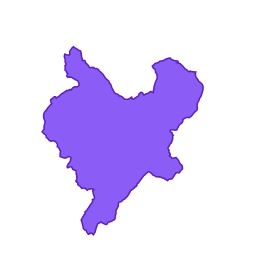 Quan Hoa, Thanh Hóa, Vietnam, rotated 74°
{"feature_id": "81297802B43083568307928", "entity_name": "Quan Hoa", "entity_type": "district", "adm_level": 2, "iso_a3": "VNM", "parent_name": "Vietnam", "parent_adm1": "Thanh Hóa", "projection": "natural_earth1", "projection_center": [104.955, 20.487], "detail": "fine", "context": "isolated", "style": "filled", "palette": "violet", "viewbox_px": 256, "rotation_deg": 74, "n_neighbors": 0, "source": "geoboundaries", "source_scale": "gbopen_adm2", "svg_char_len": 5842}
<svg xmlns="http://www.w3.org/2000/svg" viewBox="0 0 256 256"><g transform="rotate(74 128 128)"><path d="M185.1,91.0L183.9,89.5L182.2,86.8L179.3,86.2L176.9,87.6L175.2,88.2L173.2,88.3L169.6,89.9L169.3,94.2L167.7,94.7L166.9,95.3L166.5,95.9L166.2,95.8L165.3,94.7L164.9,94.5L164.3,95.0L163.5,94.8L162.3,95.3L161.7,95.2L160.8,94.6L159.2,95.2L158.0,95.0L157.1,93.8L155.2,92.2L154.8,91.4L154.4,91.1L154.3,90.5L153.9,90.3L152.8,89.3L150.7,88.0L148.2,87.3L147.5,86.4L147.2,86.5L146.1,87.3L145.8,87.3L145.0,87.0L144.5,87.0L144.1,87.3L143.4,88.3L142.5,88.5L141.8,87.8L141.5,87.4L141.5,87.1L142.1,85.9L142.4,84.5L143.1,83.3L143.3,82.1L143.1,81.3L141.7,80.3L138.9,77.4L138.4,75.7L137.8,74.5L137.3,74.0L136.4,73.3L135.0,72.9L134.2,70.3L134.0,69.1L134.1,68.2L134.8,66.6L134.9,66.1L134.0,63.7L131.5,60.2L129.9,57.0L129.5,56.5L128.4,55.9L125.8,55.5L123.3,54.4L122.6,53.8L121.3,52.4L119.6,51.3L118.8,50.6L118.0,49.4L116.8,48.5L112.0,45.4L108.8,44.4L106.7,44.5L104.2,45.9L102.6,47.1L99.7,47.8L98.2,48.6L96.6,48.6L95.3,48.5L93.9,48.0L92.8,47.4L92.3,49.0L91.2,51.5L90.3,52.7L90.9,53.7L89.5,54.9L88.1,55.6L86.7,56.9L83.0,58.6L80.4,60.2L79.7,61.2L79.2,62.4L78.9,62.8L78.7,61.7L78.0,61.5L77.5,61.7L77.1,62.1L76.4,64.1L74.8,66.5L73.3,68.0L72.5,68.0L72.3,68.2L72.1,69.9L72.2,72.6L72.7,74.5L73.1,75.3L72.7,77.4L72.6,79.2L73.2,80.2L73.5,81.9L73.4,84.2L74.1,85.1L75.1,87.5L75.6,87.6L77.9,86.9L78.8,85.9L80.0,85.9L82.1,86.2L82.8,86.0L84.0,85.4L87.6,86.0L88.3,86.4L91.8,89.2L95.1,91.3L98.7,93.1L100.9,93.9L99.1,96.1L99.2,96.8L99.9,97.8L100.2,100.0L100.2,101.9L100.6,102.8L100.6,103.6L100.4,103.8L98.6,104.2L97.6,104.8L97.3,106.1L98.4,108.2L99.3,108.5L100.0,109.3L101.8,115.0L101.6,115.5L101.1,115.9L99.3,115.9L99.2,116.1L100.0,117.8L100.3,120.3L99.5,123.2L96.9,124.7L96.1,125.3L94.9,126.8L94.7,127.7L93.8,127.8L93.2,128.2L91.2,130.7L89.3,131.5L85.6,132.3L82.9,132.6L81.7,132.5L80.8,132.8L80.2,133.3L77.7,133.5L73.8,136.0L70.1,137.0L68.5,137.7L64.9,140.0L63.5,140.4L63.2,140.7L63.0,141.2L62.2,141.8L62.0,142.9L61.3,143.9L60.5,144.1L60.3,144.3L60.2,144.8L59.8,145.5L59.6,148.0L59.1,148.4L56.8,148.9L55.5,149.7L54.6,150.0L53.4,151.0L52.1,150.7L51.4,150.9L50.9,151.7L50.6,153.1L48.9,152.9L46.3,153.0L45.1,152.7L44.6,152.7L43.8,152.4L40.8,152.4L40.4,153.2L39.8,153.8L37.2,156.0L35.8,157.5L34.8,158.1L35.6,159.7L38.3,163.0L40.6,163.5L41.7,164.1L41.3,165.6L40.7,167.1L39.5,168.3L39.9,168.6L41.3,169.4L41.9,169.6L44.5,169.5L47.6,170.3L48.9,169.9L49.9,170.3L50.6,171.4L51.9,171.5L54.7,172.5L55.3,172.5L56.5,171.6L58.0,171.8L58.6,171.2L59.0,171.0L59.4,171.2L60.8,172.4L61.5,172.6L62.6,171.8L62.7,171.2L63.2,170.2L63.4,168.9L64.1,167.9L65.3,167.0L66.1,166.0L66.9,165.5L67.8,164.3L68.6,163.4L70.9,162.9L72.7,163.1L73.3,163.2L73.7,163.5L74.1,164.0L74.4,165.3L74.0,166.5L73.7,167.9L73.8,168.6L74.2,170.1L75.8,172.3L75.3,172.6L74.9,173.3L75.2,174.0L75.3,175.6L75.0,176.8L75.9,178.8L76.9,182.6L78.9,186.4L78.9,187.6L79.4,188.5L79.0,188.9L78.5,188.9L78.0,189.1L77.7,189.8L77.9,190.9L78.7,192.3L79.5,194.6L82.1,195.0L83.6,194.6L85.0,197.4L85.9,198.2L86.8,200.1L87.9,200.7L88.1,201.4L88.6,202.1L89.3,203.3L90.1,204.2L91.4,205.1L91.9,205.4L93.7,206.0L95.5,206.3L98.9,205.9L101.1,206.9L101.7,207.4L103.7,208.5L105.3,208.6L106.0,209.2L106.4,209.8L107.1,210.3L107.9,211.6L109.8,210.8L111.8,209.1L113.0,208.8L114.4,209.2L115.4,208.3L116.1,208.2L117.0,207.6L117.7,207.4L119.6,205.9L119.4,204.9L119.7,204.0L119.7,203.1L120.8,201.9L121.7,201.2L122.8,200.7L124.2,200.3L125.1,200.6L126.5,201.2L127.5,200.1L130.8,199.6L131.6,199.1L133.1,199.9L135.3,200.9L136.8,201.1L137.0,200.7L138.0,199.5L139.5,197.1L139.7,195.9L139.1,192.7L139.6,191.8L140.8,191.1L141.3,191.1L142.0,191.7L143.6,192.4L144.8,193.5L146.1,195.4L147.3,196.4L148.0,197.0L149.1,197.3L149.4,197.2L149.6,196.8L149.7,196.4L149.3,194.3L149.6,193.4L150.2,192.8L152.2,192.6L152.7,192.3L153.5,191.5L154.1,190.2L154.7,189.9L156.0,189.9L158.3,190.6L159.8,190.2L161.1,190.9L161.9,190.8L164.0,191.9L164.5,192.8L165.9,192.4L166.3,191.5L166.6,191.2L168.5,191.9L169.8,191.0L171.0,190.0L173.4,189.1L173.3,187.7L174.0,186.1L174.8,185.4L176.6,184.4L176.0,182.9L176.0,182.0L176.3,181.4L176.3,180.3L176.4,179.7L177.2,178.2L178.0,177.8L178.1,178.7L178.5,179.2L182.5,179.5L185.5,179.3L186.6,179.8L186.9,180.1L187.0,180.7L186.9,182.0L189.0,182.2L190.7,184.4L194.9,189.3L195.9,190.6L196.9,192.6L198.4,192.9L199.1,193.4L199.5,194.4L200.2,194.8L200.5,195.4L201.2,196.2L201.7,196.5L203.5,198.4L205.8,198.2L206.2,198.3L210.9,198.4L212.2,198.7L214.2,197.6L215.2,196.4L216.5,196.3L219.2,195.5L219.3,195.1L219.0,194.4L219.2,193.9L218.7,193.5L219.0,192.5L219.6,191.3L220.9,190.9L221.2,190.7L221.1,190.4L219.9,189.6L219.1,188.4L215.2,186.1L211.6,183.4L211.4,181.3L210.9,179.9L212.5,178.5L214.5,176.2L214.8,175.5L214.6,174.7L213.2,173.2L213.2,171.3L213.0,169.1L212.7,168.4L212.4,166.6L211.8,165.6L209.7,164.7L208.7,164.1L207.9,163.9L206.7,163.0L204.4,162.5L203.1,161.5L201.4,159.7L200.3,158.8L197.7,157.9L197.1,157.4L196.9,157.0L196.8,156.6L197.0,154.9L196.5,153.8L195.9,153.2L195.4,150.9L194.2,148.8L193.9,148.0L192.0,145.6L190.8,144.6L190.6,144.1L189.2,143.2L188.8,142.5L188.8,142.1L188.5,141.6L188.3,140.5L187.5,139.2L187.5,138.5L186.7,137.4L186.4,137.4L186.4,136.4L186.2,135.8L185.8,135.7L185.4,135.2L184.6,135.1L184.2,134.3L183.9,134.1L183.8,133.5L183.6,132.9L182.6,131.9L182.2,131.2L181.6,130.5L181.1,130.1L181.0,129.7L180.4,128.8L179.6,128.3L179.2,127.4L178.2,126.1L178.0,125.4L177.0,123.6L176.7,123.4L176.6,122.7L175.6,120.8L175.6,120.4L175.9,119.9L178.3,117.7L178.6,117.5L179.6,117.5L180.8,116.0L182.4,114.6L182.9,113.8L183.1,112.3L183.7,111.9L183.8,111.6L183.6,111.3L183.7,111.0L184.7,109.5L185.1,109.3L185.8,108.3L185.9,107.3L187.0,106.9L187.7,106.0L189.3,104.8L189.5,104.5L188.9,103.5L188.4,102.2L189.0,100.7L188.9,99.9L188.7,99.3L188.2,98.6L185.2,95.3L184.7,94.5L184.2,94.0L185.1,91.6L185.1,91.0Z" fill="#8b5cf6" stroke="#5b21b6" stroke-width="1.5"/></g></svg>